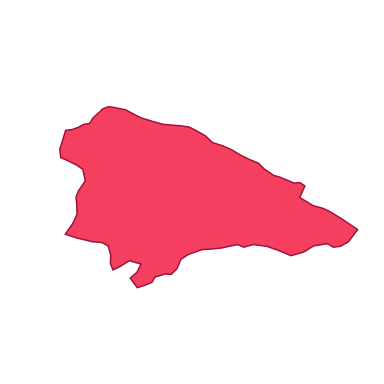 outline of Paralimni, Famagusta, Cyprus, rotated 334°
{"feature_id": "46923920B46999438431998", "entity_name": "Paralimni", "entity_type": "district", "adm_level": 2, "iso_a3": "CYP", "parent_name": "Cyprus", "parent_adm1": "Famagusta", "projection": "natural_earth1", "projection_center": [34.012, 35.027], "detail": "fine", "context": "isolated", "style": "filled", "palette": "rose", "viewbox_px": 384, "rotation_deg": 334, "n_neighbors": 0, "source": "geoboundaries", "source_scale": "gbopen_adm2", "svg_char_len": 1217}
<svg xmlns="http://www.w3.org/2000/svg" viewBox="0 0 384 384"><g transform="rotate(334 192 192)"><path d="M308.1,305.5L310.8,305.3L324.4,298.4L315.4,282.8L306.9,269.5L302.3,263.8L294.9,257.4L286.4,244.2L296.1,236.1L293.2,230.9L287.6,228.6L277.4,217.1L272.8,213.0L267.1,203.2L264.3,195.2L258.6,188.8L251.8,180.2L246.2,171.5L239.9,164.0L232.0,156.5L228.6,147.3L221.8,137.5L217.8,132.3L210.4,127.2L205.3,124.3L195.7,118.5L186.6,110.4L178.7,103.0L173.0,95.5L168.5,89.1L159.4,82.2L154.8,78.8L148.3,78.1L144.0,79.6L136.0,81.8L129.8,85.5L124.4,83.7L118.2,84.0L111.3,83.3L105.5,81.1L96.4,90.9L91.9,95.5L89.1,103.5L93.0,108.1L99.8,116.8L103.8,123.7L101.0,135.2L90.8,141.0L85.6,145.6L82.8,153.1L78.8,161.7L70.9,168.1L59.6,174.4L68.6,183.1L80.5,192.9L89.0,198.0L93.0,203.8L91.3,213.0L87.3,220.5L86.8,227.4L94.7,227.4L105.5,226.3L114.6,234.4L107.2,240.1L98.7,242.4L100.9,254.0L108.9,255.1L116.3,255.7L121.4,252.2L132.1,254.0L137.3,256.9L144.6,254.5L152.6,247.6L161.6,246.5L175.8,248.2L184.3,251.7L193.4,255.1L200.8,256.9L209.9,259.2L214.4,264.3L224.0,266.1L235.4,273.6L244.5,282.8L253.0,292.6L266.0,294.9L277.9,293.8L291.0,297.8L294.9,303.6L301.8,305.9L308.1,305.5Z" fill="#f43f5e" stroke="#9f1239" stroke-width="1.5"/></g></svg>